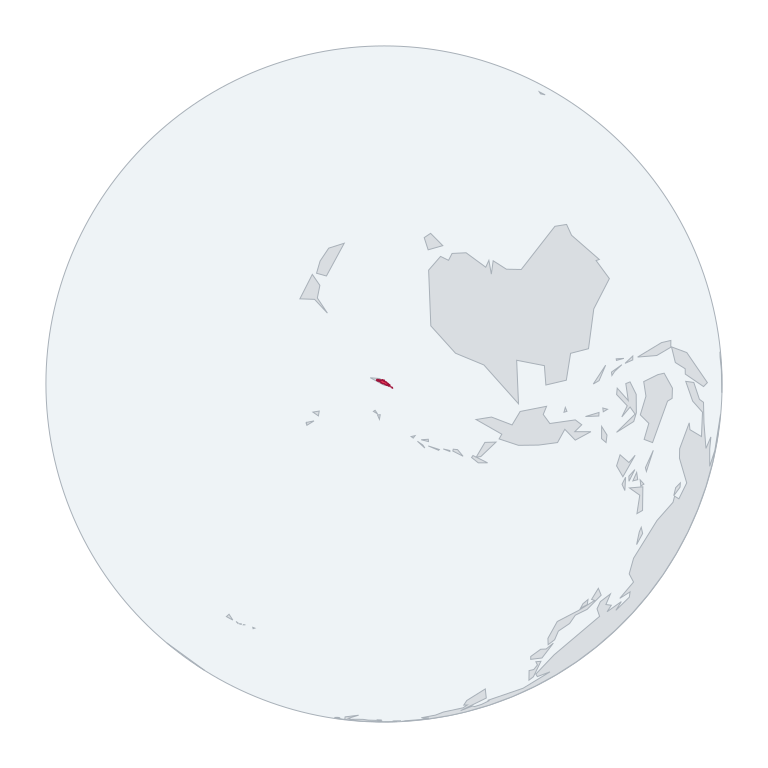 Nord on an orthographic globe, rotated 167°
{"feature_id": "NCL-559", "entity_name": "Nord", "entity_type": "Province", "adm_level": 1, "iso_a3": "NCL", "parent_name": "New Caledonia", "parent_adm1": "", "projection": "orthographic", "projection_center": [164.928, -20.615], "detail": "fine", "context": "on_globe", "style": "filled", "palette": "rose", "viewbox_px": 768, "rotation_deg": 167, "n_neighbors": 0, "source": "natural_earth", "source_scale": "10m", "svg_char_len": 7864}
<svg xmlns="http://www.w3.org/2000/svg" viewBox="0 0 768 768"><g transform="rotate(167 384 384)"><circle cx="384" cy="384" r="338" fill="#eef3f6" stroke="#a8b0b8"/><path d="M468.4,361.1L468.7,363.7L468.2,364.0L468.4,361.1ZM653.8,180.5L651.9,178.1L627.2,149.4L623.2,145.3L653.8,180.5ZM505.9,68.9L502.9,68.1L497.7,65.8L496.8,68.4L483.2,67.0L493.9,66.3L491.5,64.7L480.0,62.0L474.9,60.0L466.5,57.8L461.5,56.0L468.2,56.8L465.1,56.0L457.1,54.3L447.1,52.1L456.9,54.0L481.7,60.5L505.9,68.9ZM586.8,194.5L584.4,188.0L589.9,192.8L586.8,194.5ZM580.2,183.6L581.6,185.9L579.9,183.9L580.2,183.6ZM577.2,181.9L579.4,183.1L577.0,182.4L577.2,181.9ZM573.2,180.5L575.3,181.0L575.1,181.2L573.2,180.5ZM566.6,176.4L564.8,175.2L566.6,175.0L566.6,176.4ZM501.8,68.6L507.4,70.3L503.7,69.5L501.8,68.6ZM466.2,57.9L466.2,58.3L461.8,57.1L466.2,57.9ZM450.2,53.5L443.1,52.0L451.5,53.6L450.2,53.5ZM417.6,47.8L432.0,49.7L442.5,51.3L437.8,50.7L439.8,51.2L422.6,48.6L421.2,48.8L415.9,47.6L417.6,47.8ZM378.2,46.1L394.0,46.2L396.4,46.3L396.1,46.3L415.9,47.6L421.2,48.8L415.3,48.5L422.8,50.4L408.4,49.8L400.0,51.0L379.9,50.7L375.0,52.5L378.5,53.2L374.5,57.0L353.9,64.1L355.0,55.0L382.8,48.5L370.1,50.3L368.3,49.3L360.9,49.9L352.4,51.9L354.2,52.4L316.8,56.3L287.0,66.2L300.4,64.4L301.3,67.2L279.1,81.9L226.2,109.1L227.0,117.0L222.1,123.3L210.6,128.5L217.4,119.2L212.3,117.3L217.9,111.9L201.7,118.6L209.0,111.3L192.9,121.1L191.0,126.1L202.5,122.1L185.4,134.9L187.8,143.8L180.0,158.1L148.7,189.6L129.0,203.7L126.1,209.3L122.5,205.8L111.3,219.5L112.8,245.2L110.5,254.4L95.3,277.5L96.2,270.7L86.5,261.4L80.0,284.9L87.1,297.9L89.4,318.7L81.8,315.8L80.1,298.1L76.8,294.3L81.0,274.1L84.8,248.8L77.4,258.9L81.2,247.6L85.2,230.5L76.5,245.0L62.9,278.8L71.4,255.8L81.5,233.4L93.3,211.8L106.6,191.1L121.3,171.4L137.5,152.9L154.9,135.6L173.6,119.6L193.4,105.0L214.2,91.9L235.9,80.3L258.3,70.3L281.5,62.0L305.2,55.4L329.3,50.5L353.7,47.4L378.2,46.1ZM56.8,299.5L52.8,317.1L50.5,329.6L56.8,299.5ZM161.9,629.5L166.2,631.5L167.0,633.8L161.9,629.5ZM144.5,355.0L152.2,354.7L152.1,356.3L144.5,355.0ZM136.2,351.5L144.5,349.9L135.3,355.3L136.2,351.5ZM147.9,349.3L156.4,344.4L160.0,341.0L159.7,344.4L147.9,349.3ZM130.8,353.2L104.3,361.9L94.7,361.9L96.3,355.3L111.8,350.4L130.8,353.2ZM95.5,355.5L81.9,346.5L68.6,312.6L73.2,309.6L88.2,325.9L87.1,331.1L95.3,339.4L95.5,355.5ZM131.5,313.2L130.4,327.9L115.1,331.5L108.6,331.5L103.9,315.1L106.5,305.2L111.6,303.5L135.5,266.5L143.0,271.5L134.8,286.1L141.2,296.3L131.5,313.2ZM52.4,319.4L50.5,334.5L49.4,339.9L52.4,319.4ZM148.1,243.7L136.5,258.8L148.0,239.8L148.1,243.7ZM156.7,226.9L156.0,233.0L153.2,228.0L156.7,226.9ZM123.1,217.4L117.5,221.0L118.8,216.8L126.8,210.0L123.1,217.4ZM174.0,170.7L168.6,182.3L165.6,186.5L165.6,180.2L174.0,170.7ZM415.8,502.2L424.8,507.1L418.6,518.2L407.3,528.8L391.1,530.1L415.8,502.2ZM304.7,520.3L295.6,505.6L310.8,504.8L311.9,517.6L304.7,520.3ZM424.3,494.5L429.6,482.8L423.2,465.8L432.6,482.1L446.8,485.9L429.2,506.9L424.3,494.5ZM224.5,464.7L182.0,499.2L170.2,498.4L167.8,486.7L146.2,456.9L149.6,456.6L140.7,436.0L162.7,410.0L176.8,372.4L195.3,371.9L205.5,346.7L226.5,346.6L223.6,365.8L249.4,377.3L257.4,334.5L282.4,380.1L307.4,397.9L325.3,430.1L314.9,484.9L300.2,495.6L293.3,490.0L288.3,495.9L274.5,493.4L258.6,474.9L254.0,480.9L254.7,466.9L249.9,479.5L238.9,468.3L224.5,464.7ZM379.0,381.0L384.5,383.1L396.0,393.2L387.0,390.3L379.0,381.0ZM455.1,367.7L459.6,372.6L453.2,372.2L455.1,367.7ZM468.2,364.0L460.5,363.8L468.4,361.1L468.2,364.0ZM397.0,356.3L400.5,359.7L398.6,360.4L397.0,356.3ZM394.6,354.9L396.4,350.6L397.3,355.4L394.6,354.9ZM365.3,326.7L367.7,324.7L369.4,326.7L365.3,326.7ZM163.8,352.5L173.7,338.9L180.1,336.9L163.8,352.5ZM360.3,321.3L353.3,320.2L353.6,317.9L360.3,321.3ZM359.9,315.8L358.6,312.4L364.3,320.7L359.9,315.8ZM345.7,307.1L354.8,313.7L344.8,307.7L345.7,307.1ZM340.9,307.4L334.8,304.4L335.0,303.4L340.9,307.4ZM280.5,308.6L302.3,328.7L286.7,327.6L268.4,315.3L257.5,326.6L230.6,325.7L235.7,318.5L231.3,308.2L205.7,306.0L200.5,299.8L208.9,294.6L193.1,291.0L210.3,286.3L218.0,299.2L228.1,287.9L247.1,289.7L266.8,294.0L284.2,304.6L280.5,308.6ZM211.9,316.2L215.0,316.0L212.6,320.4L211.9,316.2ZM323.2,295.8L332.0,303.2L331.2,304.9L327.1,303.5L323.2,295.8ZM287.9,302.2L306.0,291.5L310.6,292.0L298.8,304.4L287.9,302.2ZM300.8,283.9L309.9,286.0L315.2,292.7L313.4,294.3L300.8,283.9ZM176.6,307.6L176.2,311.4L171.9,309.1L176.6,307.6ZM181.9,304.5L195.0,307.0L180.9,307.9L181.9,304.5ZM146.1,298.2L149.4,306.2L159.7,298.4L151.9,308.1L159.7,321.4L157.7,327.5L149.7,312.9L148.3,330.0L143.8,330.7L140.6,317.2L144.6,299.2L149.1,291.3L168.3,284.6L146.1,298.2ZM181.5,293.7L178.2,284.1L180.8,277.0L184.3,281.8L181.5,293.7ZM169.9,261.9L163.0,252.4L155.3,258.1L172.1,239.9L175.8,251.9L169.9,261.9ZM166.1,239.1L158.8,244.2L167.2,234.1L166.1,239.1ZM157.7,241.0L158.3,233.7L163.3,233.6L157.7,241.0ZM169.6,238.8L173.3,226.0L174.6,232.8L169.6,238.8ZM159.8,218.1L168.2,227.5L154.9,225.6L160.5,202.7L166.7,200.8L159.8,218.1ZM233.7,128.1L235.6,123.3L242.9,121.4L239.5,125.2L233.7,128.1ZM268.6,113.6L245.6,119.5L227.4,125.7L230.2,127.4L221.1,136.7L219.9,129.4L236.8,118.7L249.6,115.7L257.0,108.9L269.7,104.0L275.3,96.4L282.7,93.1L281.5,99.3L268.6,113.6ZM277.3,93.4L291.7,81.5L303.0,82.7L302.3,85.5L291.0,90.3L285.7,89.3L277.3,93.4ZM298.5,79.2L293.5,78.5L304.3,65.1L309.4,62.8L307.1,72.1L302.3,72.1L297.7,75.7L298.5,79.2Z" fill="#d9dde1" stroke="#a8b0b8" stroke-width="1"/><path d="M385.0,388.5L384.9,388.5L384.7,388.5L384.6,388.4L384.4,388.3L384.5,388.2L384.4,388.1L384.3,388.3L384.2,388.3L384.1,388.2L383.9,387.9L383.5,387.3L383.4,387.1L383.5,387.0L383.4,386.9L383.3,386.7L383.2,386.7L383.3,386.7L383.2,386.6L383.1,386.8L383.0,386.7L382.9,386.6L382.8,386.8L382.7,386.5L382.6,386.4L382.6,386.2L382.4,386.1L382.5,386.1L382.4,385.9L382.2,385.8L382.0,385.7L381.9,385.7L381.7,385.6L381.5,385.4L381.4,385.4L381.2,385.1L381.0,384.9L380.9,384.8L381.0,384.9L381.1,384.7L380.9,384.6L380.7,384.2L380.5,383.8L380.4,383.8L380.3,383.7L379.9,383.5L379.9,383.4L379.8,383.1L379.7,382.9L379.5,382.7L379.8,382.7L379.8,382.4L379.7,382.3L379.7,382.2L379.3,382.1L379.3,381.9L379.2,382.0L378.9,382.0L378.8,381.9L379.0,381.7L379.1,381.8L379.2,381.7L379.2,381.4L379.0,381.2L378.9,381.3L378.8,381.2L378.8,380.9L379.0,380.9L379.1,381.0L379.3,381.3L379.5,381.4L379.9,381.8L380.0,381.9L380.2,382.1L380.3,382.1L380.5,382.0L380.6,382.3L380.7,382.2L380.5,381.8L381.6,382.1L381.8,382.3L382.1,382.7L382.2,382.8L382.3,382.8L382.5,382.9L382.7,383.1L382.9,383.2L383.0,383.2L383.1,383.4L383.2,383.5L383.4,383.8L383.7,384.1L383.8,384.1L384.0,384.2L384.0,384.3L384.3,384.4L384.4,384.5L384.5,384.5L385.3,384.8L385.5,384.9L385.7,385.0L385.8,385.1L385.8,385.3L385.9,385.5L386.0,385.6L386.2,385.8L386.3,385.9L386.5,385.9L386.7,386.0L386.6,386.3L386.6,386.5L386.9,386.8L387.0,386.9L387.2,387.0L387.3,387.1L387.6,387.3L387.8,387.4L387.8,387.5L387.7,387.5L387.5,387.4L387.4,387.4L387.5,387.4L387.5,387.5L387.8,387.8L388.3,388.0L388.5,388.1L388.8,388.3L389.0,388.7L389.1,388.8L389.0,388.6L389.3,388.6L389.3,388.4L389.2,388.4L389.3,388.4L389.4,388.5L389.6,388.9L389.6,389.0L389.7,389.3L389.8,389.2L389.7,389.0L389.7,388.9L389.7,388.7L389.8,388.8L390.0,389.0L390.3,389.2L390.3,389.3L390.3,389.5L390.2,389.6L390.0,389.8L389.8,389.9L389.7,389.8L389.5,389.7L389.4,389.8L389.2,389.8L389.1,389.7L388.9,389.6L388.6,389.4L388.3,389.3L388.2,389.4L387.8,389.2L387.7,389.1L387.5,388.9L387.4,388.8L387.2,388.8L387.1,388.7L386.9,388.8L386.7,388.8L386.5,388.7L386.4,388.5L386.4,388.4L386.2,388.3L386.0,388.2L385.9,388.2L385.5,388.2L385.4,388.2L385.2,388.3L385.0,388.5ZM377.1,378.9L377.1,379.0L376.8,378.8L376.8,378.6L376.8,378.4L376.7,378.3L376.7,378.2L376.8,378.2L376.9,378.3L377.0,378.6L377.1,378.8L377.1,378.9ZM380.1,381.2L380.2,381.3L379.9,381.2L379.8,380.7L380.1,381.1L380.1,381.2ZM378.8,380.7L378.8,380.8L378.7,380.9L378.5,380.6L378.6,380.4L378.7,380.6L378.8,380.7Z" fill="#f43f5e" stroke="#9f1239" stroke-width="1.5"/></g></svg>